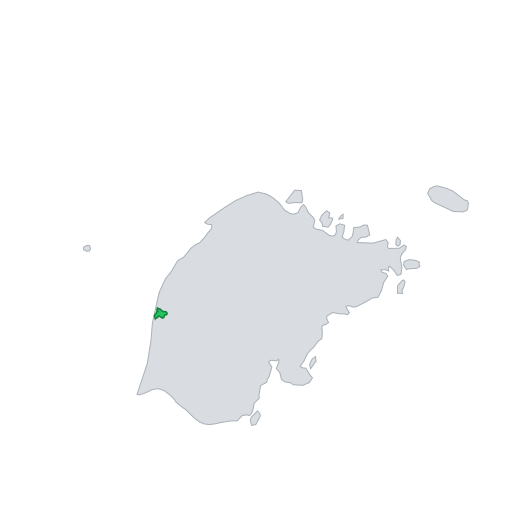 location of Donghae-si, Gangwon, South Korea, rotated 222°
{"feature_id": "91817680B21216327036282", "entity_name": "Donghae-si", "entity_type": "district", "adm_level": 2, "iso_a3": "KOR", "parent_name": "South Korea", "parent_adm1": "Gangwon", "projection": "natural_earth1", "projection_center": [129.058, 37.511], "detail": "fine", "context": "in_parent", "style": "filled", "palette": "green", "viewbox_px": 512, "rotation_deg": 222, "n_neighbors": 0, "source": "geoboundaries", "source_scale": "gbopen_adm2", "svg_char_len": 4007}
<svg xmlns="http://www.w3.org/2000/svg" viewBox="0 0 512 512"><g transform="rotate(222 256 256)"><path d="M157.7,130.0L159.4,128.7L159.5,126.9L159.6,120.9L164.3,116.7L171.1,108.2L174.4,103.5L178.2,99.2L182.6,96.3L186.9,94.9L193.6,94.3L206.4,94.8L208.9,94.3L217.9,93.9L220.0,94.7L226.5,95.1L233.7,94.6L237.3,93.3L240.7,91.2L243.6,87.3L246.7,80.1L249.9,74.5L251.8,73.5L264.9,103.5L277.5,122.9L288.2,137.0L303.6,164.1L308.1,178.6L308.5,187.6L311.1,199.9L308.9,207.0L309.6,218.2L308.6,223.9L306.7,228.1L306.7,236.3L307.3,240.6L307.3,246.4L308.6,248.6L310.3,249.4L313.1,247.3L316.5,246.5L316.0,253.4L311.8,270.9L308.2,283.7L303.3,294.8L297.1,305.0L289.6,309.0L284.3,310.4L274.3,310.9L265.9,309.2L258.7,310.4L255.8,312.6L253.7,316.2L255.3,321.8L255.1,326.0L252.0,325.7L245.9,323.2L239.1,322.9L236.0,321.7L232.8,315.8L229.6,316.0L223.9,319.5L215.3,320.3L212.2,322.2L211.1,324.7L212.4,327.8L216.7,331.9L215.2,336.0L210.7,338.1L207.1,333.0L204.8,328.0L202.3,327.7L198.3,329.2L197.5,334.6L199.3,338.2L202.3,342.5L198.0,347.4L196.9,350.9L193.8,353.4L185.6,347.8L186.8,343.9L190.4,340.1L190.8,336.1L189.7,333.8L177.8,343.7L170.5,355.1L166.6,354.3L165.0,351.3L162.7,350.2L154.8,357.5L153.3,363.3L150.4,363.5L149.1,361.0L149.1,355.8L147.8,351.4L139.7,344.9L136.0,339.3L138.0,336.1L144.8,337.8L150.2,337.6L149.1,334.9L147.4,333.7L151.0,332.2L154.0,329.1L151.5,328.2L147.7,330.0L144.6,329.1L143.4,321.8L139.6,314.2L137.7,306.9L141.5,302.6L143.5,296.1L147.1,286.5L148.9,283.5L153.8,281.2L155.5,278.8L152.9,277.5L148.6,276.4L148.7,273.6L151.6,272.1L154.9,269.1L161.2,265.4L163.2,258.5L161.4,256.7L157.5,255.1L158.4,251.6L160.1,248.9L159.5,247.3L154.9,242.8L151.8,238.7L152.8,234.0L152.1,226.9L152.6,220.9L152.4,217.7L150.2,210.4L149.2,203.2L146.3,204.2L143.9,206.0L135.3,203.5L132.6,203.3L131.6,197.9L134.7,191.2L142.0,185.4L146.2,184.6L149.4,182.1L154.3,181.2L160.2,185.2L165.5,186.0L168.3,192.9L170.1,194.4L170.5,191.8L174.8,188.9L175.9,186.6L174.9,185.4L170.0,184.2L165.7,175.6L165.1,171.9L163.5,169.5L165.9,162.7L160.9,154.9L158.4,152.5L158.9,145.5L156.2,141.0L154.8,138.6L153.9,134.4L154.7,132.5L157.0,131.8L157.7,130.0ZM138.6,437.1L136.1,438.5L133.9,437.6L133.2,436.9L130.5,433.1L129.8,431.1L131.7,427.3L139.3,421.1L159.0,415.1L162.5,414.8L170.3,417.4L171.9,422.2L170.4,426.3L168.6,429.1L159.6,433.8L152.6,436.1L138.6,437.1ZM271.3,330.8L266.1,335.0L259.2,329.4L257.5,326.3L262.8,321.8L267.3,316.7L270.2,316.3L271.3,330.8ZM234.4,330.3L233.8,336.9L229.9,337.3L227.6,333.0L225.2,335.1L223.9,335.1L222.0,329.8L221.7,325.7L226.2,322.6L228.9,324.5L232.9,325.4L234.4,330.3ZM134.1,359.7L130.6,360.7L128.7,358.4L127.3,357.8L128.1,354.7L133.9,348.7L135.0,346.7L140.2,347.9L142.2,351.1L139.7,355.9L134.1,359.7ZM151.6,133.0L151.3,141.9L148.3,141.5L146.3,140.6L145.4,138.9L143.4,130.6L145.8,127.2L150.2,129.9L151.6,133.0ZM131.0,335.4L130.2,337.0L127.8,336.5L125.5,331.9L124.5,328.2L122.1,326.2L126.0,323.0L130.8,328.7L131.0,335.4ZM145.3,216.7L144.5,221.1L141.0,218.2L140.0,208.6L143.7,211.4L145.3,216.7ZM389.0,150.4L386.5,152.4L383.6,150.4L383.2,148.3L384.8,146.4L388.3,145.3L389.9,146.9L389.0,150.4ZM162.5,361.5L163.4,364.7L159.0,364.1L156.7,361.0L157.0,358.3L159.6,358.0L162.5,361.5ZM219.8,343.2L219.2,345.3L216.4,342.1L219.2,338.7L219.8,343.2Z" fill="#d9dde1" stroke="#a8b0b8" stroke-width="1"/><path d="M284.3,147.1L283.9,147.3L283.6,147.9L283.5,148.4L283.4,149.1L283.8,149.6L284.4,150.3L284.4,151.3L283.7,151.7L283.4,152.1L283.2,152.6L283.2,152.9L283.2,153.1L283.4,153.6L283.9,154.0L284.5,154.3L285.3,154.4L286.4,153.8L287.5,152.9L288.2,152.5L289.2,152.4L290.2,152.4L291.1,152.4L292.2,152.4L292.7,152.0L294.0,151.5L294.5,151.4L294.4,150.9L293.9,150.3L293.7,149.8L293.4,149.5L292.9,149.6L292.5,149.7L292.0,149.3L292.5,149.2L292.5,148.6L292.1,147.3L291.7,146.7L291.6,146.2L291.8,145.9L291.9,145.5L292.0,145.2L291.9,144.7L291.7,144.1L291.6,143.7L291.1,143.2L288.9,142.0L289.0,142.4L288.2,143.4L288.2,144.5L288.0,146.2L287.5,146.7L285.4,147.0L284.6,147.3L284.3,147.1Z" fill="#22c55e" stroke="#15803d" stroke-width="1.5"/></g></svg>